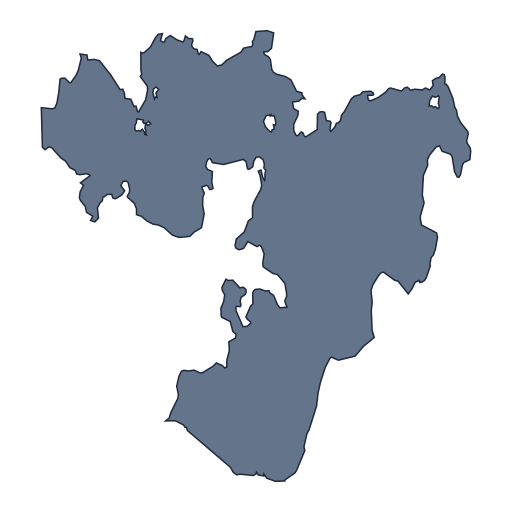 outline of Oromiya
{"feature_id": "ETH-3131", "entity_name": "Oromiya", "entity_type": "Administrative State", "adm_level": 1, "iso_a3": "ETH", "parent_name": "Ethiopia", "parent_adm1": "", "projection": "equal_earth", "projection_center": [38.367, 6.948], "detail": "fine", "context": "isolated", "style": "filled", "palette": "slate", "viewbox_px": 512, "rotation_deg": 0, "n_neighbors": 0, "source": "natural_earth", "source_scale": "10m", "svg_char_len": 5963}
<svg xmlns="http://www.w3.org/2000/svg" viewBox="0 0 512 512"><path d="M42.4,147.2L41.3,107.7L52.7,108.8L55.0,107.7L57.0,102.7L58.9,91.3L60.0,79.3L61.2,78.3L64.9,78.1L69.5,82.7L71.1,82.4L76.5,74.5L78.4,69.9L81.3,58.1L80.0,54.0L87.0,55.0L87.8,60.0L94.4,59.4L99.6,60.8L111.2,75.6L120.1,89.6L122.8,89.2L124.4,93.2L125.0,98.4L130.9,99.2L133.4,105.4L133.9,106.2L136.0,106.1L137.5,111.4L138.6,112.0L145.7,99.6L147.6,89.7L147.3,86.1L140.3,76.6L141.7,74.2L140.9,70.0L140.8,52.3L142.3,53.1L144.2,52.6L150.4,47.0L155.4,37.8L158.1,34.3L162.4,33.6L160.5,40.7L163.3,42.3L164.3,42.0L166.0,38.4L170.3,35.5L176.9,39.8L182.9,42.0L184.0,40.7L185.4,35.9L188.7,38.6L192.0,38.6L192.7,39.1L192.9,40.9L191.6,44.7L192.2,46.9L193.8,48.8L197.2,49.5L198.4,54.3L199.3,54.5L201.0,51.6L208.9,55.3L212.7,61.5L217.3,66.0L221.8,64.9L226.7,60.2L241.0,52.1L243.6,48.1L252.0,46.4L252.8,44.4L252.4,41.5L253.8,39.6L255.9,31.5L267.2,30.7L273.7,32.9L271.5,48.4L267.7,51.7L263.9,51.7L264.0,53.6L265.0,54.8L268.4,56.7L270.4,59.6L271.8,69.5L273.3,72.1L276.4,74.1L285.3,76.5L290.9,79.8L296.6,91.3L302.0,92.8L301.8,94.4L305.0,98.9L301.9,98.4L298.9,101.1L292.5,102.1L293.7,108.5L298.3,111.3L297.9,115.4L293.7,124.4L293.8,130.5L296.0,135.4L298.0,135.5L301.2,131.9L302.7,132.6L304.4,136.1L305.7,137.0L317.2,129.5L317.5,114.3L319.7,112.0L322.2,111.6L324.6,112.3L326.4,120.7L330.1,121.2L331.0,122.5L329.9,129.7L330.8,131.4L334.7,127.3L336.4,123.2L338.0,123.0L340.4,120.7L341.5,115.2L344.6,111.2L351.4,98.7L354.5,96.1L360.0,94.7L363.0,91.7L370.9,91.2L373.3,93.0L373.7,94.3L373.1,95.2L367.6,95.3L368.2,99.6L370.0,101.0L378.0,97.6L385.8,92.0L388.6,88.6L390.5,88.0L401.4,91.0L404.9,87.8L407.3,87.2L410.7,90.3L414.7,89.2L422.2,89.9L425.5,88.0L429.7,90.0L433.1,85.6L432.4,80.7L435.7,78.4L439.0,77.6L442.5,74.0L444.4,74.8L445.0,77.5L444.8,83.9L446.3,84.3L448.1,86.7L452.8,98.1L454.8,107.3L456.5,110.3L457.4,115.8L460.4,122.2L467.8,131.5L468.2,134.2L466.7,140.2L467.2,143.2L470.2,147.9L470.7,151.3L469.9,159.6L463.7,162.6L462.4,165.1L460.5,174.7L458.8,177.4L457.2,176.9L454.5,171.5L452.2,157.1L450.7,154.3L442.1,151.3L439.5,145.8L436.2,147.0L429.7,154.9L427.4,159.7L427.7,165.3L423.4,175.4L422.3,194.9L424.1,202.9L420.4,215.9L420.3,218.6L421.6,225.1L436.6,232.9L437.5,237.5L435.4,249.2L433.2,255.3L431.1,257.5L429.9,264.3L430.4,265.6L426.2,278.0L424.6,280.4L422.1,282.1L419.8,282.5L419.1,280.4L415.1,282.3L412.1,288.6L408.2,293.9L398.1,281.2L394.5,280.2L383.8,272.3L381.4,272.5L379.2,274.7L373.2,284.2L371.0,290.2L372.2,302.2L371.3,310.5L372.1,330.2L374.2,337.5L363.5,346.3L355.0,356.2L338.3,360.2L331.7,357.2L329.9,358.3L325.3,367.3L320.4,382.5L318.0,393.3L316.6,406.1L309.0,429.9L306.9,433.8L304.0,446.6L304.8,450.6L296.7,470.1L295.1,472.8L285.1,479.8L284.8,481.0L275.3,481.3L266.8,478.2L263.9,474.1L263.8,476.0L258.3,475.0L256.4,472.2L255.9,474.0L253.4,475.5L240.2,474.2L236.6,474.8L233.3,472.4L230.4,467.3L187.4,430.5L186.5,427.5L185.1,427.4L183.5,424.9L175.2,420.8L165.6,420.9L169.1,418.2L170.9,412.4L178.0,398.1L178.3,394.3L176.7,386.2L178.9,376.4L181.4,371.3L183.7,370.3L188.6,371.0L194.0,370.1L199.9,372.9L202.5,372.7L213.2,366.1L216.3,362.9L222.1,365.4L224.9,368.0L226.7,367.1L226.9,359.8L229.3,350.8L228.9,341.7L235.2,338.2L236.1,335.5L235.7,333.9L232.9,331.6L230.2,321.6L221.6,317.2L221.2,316.3L220.9,308.2L223.6,301.8L224.7,294.9L222.1,289.9L222.0,287.2L226.0,279.1L228.2,280.5L232.7,280.1L239.8,287.8L243.3,287.2L246.0,289.6L246.1,292.4L244.8,294.8L241.1,297.3L240.2,301.1L241.0,305.2L240.2,306.7L236.3,306.3L235.9,307.7L236.1,310.9L243.0,326.7L247.2,326.3L250.7,323.2L250.4,321.7L247.5,319.5L245.9,317.0L250.4,306.5L252.9,303.7L252.7,292.9L253.7,290.7L255.4,289.4L259.8,289.0L265.8,291.0L268.9,290.7L270.0,293.0L273.6,295.3L277.7,305.1L280.0,307.8L287.0,307.2L285.0,301.9L284.9,300.4L286.6,296.5L286.6,293.5L284.9,283.4L277.3,274.4L272.9,273.5L263.2,266.8L262.7,263.8L264.1,253.9L261.5,247.0L259.9,245.3L257.0,246.6L247.8,241.6L243.6,248.4L239.1,249.8L236.1,248.3L235.0,245.9L236.2,239.1L244.3,231.9L248.3,221.0L252.6,217.6L252.4,206.8L254.0,201.8L260.5,189.8L261.7,185.2L260.0,175.4L258.2,171.2L261.0,170.0L262.8,177.6L264.5,180.5L265.0,179.1L264.9,174.5L265.7,170.1L263.9,168.2L264.3,163.9L263.1,159.7L259.2,156.7L256.2,157.3L253.9,161.0L252.7,166.8L249.2,169.3L247.5,168.9L246.1,161.8L243.3,159.4L223.6,164.5L212.5,162.7L210.3,158.5L208.2,159.1L206.8,161.5L205.7,166.2L207.5,169.5L212.4,171.5L211.8,182.7L213.1,188.2L211.6,189.4L209.7,189.5L208.0,186.2L206.7,185.4L202.2,186.8L202.2,188.6L204.3,193.0L202.8,197.7L202.7,205.6L204.2,214.0L201.5,227.7L194.3,232.0L189.7,236.4L179.0,237.4L172.4,235.1L164.0,227.6L158.2,225.0L152.9,224.1L147.0,221.0L141.2,216.2L136.5,214.7L136.5,208.9L134.3,203.3L127.4,197.1L127.4,195.9L129.4,192.4L129.7,189.3L128.0,182.1L126.3,181.1L123.0,181.5L121.1,184.8L121.1,186.0L124.7,190.8L121.7,195.1L115.3,198.8L112.9,198.1L111.6,194.3L106.9,194.5L104.7,196.6L103.0,196.9L102.2,201.0L100.2,202.7L97.4,207.8L98.5,218.2L94.8,221.9L90.6,220.5L92.7,216.2L86.5,212.3L85.3,206.5L80.4,200.5L79.4,197.7L80.1,191.9L83.5,185.2L80.4,182.8L90.1,175.7L88.6,174.3L86.0,173.8L79.7,174.7L76.8,174.0L75.1,170.3L69.9,167.7L65.7,161.3L60.9,158.0L51.8,147.8L49.1,146.8L45.0,149.7L42.4,147.2ZM272.0,115.9L271.4,114.7L270.2,116.2L269.3,114.8L266.2,115.7L263.5,121.3L265.4,126.7L269.4,131.2L271.4,132.0L272.2,129.7L274.2,129.2L273.4,124.7L275.4,125.2L275.8,122.1L274.3,116.0L272.0,115.9ZM143.1,120.0L136.8,118.8L136.3,122.8L134.9,125.6L135.0,130.0L136.3,131.1L138.6,130.5L140.3,131.3L142.3,129.1L144.4,132.1L144.7,134.3L146.4,135.0L145.5,132.5L146.2,131.2L144.9,128.5L145.6,123.3L143.7,123.2L142.8,121.7L143.6,120.4L143.1,120.0ZM438.1,108.7L439.4,106.8L438.3,103.3L439.2,97.3L438.5,95.9L435.2,97.3L432.3,96.0L429.7,100.9L429.1,106.0L431.8,105.9L433.4,107.4L435.4,106.6L438.1,108.7ZM157.1,97.5L155.9,93.0L158.7,89.3L156.0,86.9L153.6,89.0L152.8,92.5L154.5,98.9L155.5,97.1L157.1,97.5ZM147.9,125.5L150.8,123.7L148.5,121.3L146.0,123.6L147.9,125.5Z" fill="#64748b" stroke="#1e293b" stroke-width="1.5"/></svg>